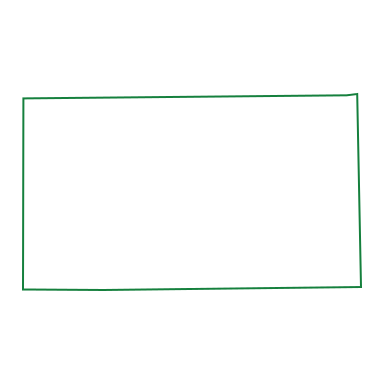 Cumberland, Illinois, United States of America (Albers equal-area conic projection)
{"feature_id": "52423323B3228002830897", "entity_name": "Cumberland", "entity_type": "district", "adm_level": 2, "iso_a3": "USA", "parent_name": "United States of America", "parent_adm1": "Illinois", "projection": "albers", "projection_center": [-88.294, 39.275], "detail": "fine", "context": "isolated", "style": "outline", "palette": "green", "viewbox_px": 384, "rotation_deg": 0, "n_neighbors": 0, "source": "geoboundaries", "source_scale": "gbopen_adm2", "svg_char_len": 228}
<svg xmlns="http://www.w3.org/2000/svg" viewBox="0 0 384 384"><path d="M103.5,290.0L361.0,287.0L357.2,94.0L346.7,95.3L23.4,98.4L23.1,248.5L23.0,289.5L25.6,289.5L103.5,290.0Z" fill="none" stroke="#15803d" stroke-width="2"/></svg>